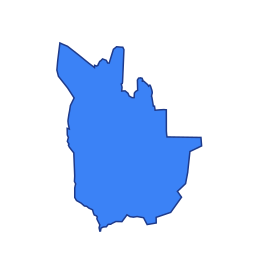 Chanchaga, Niger, Nigeria, rotated 346°
{"feature_id": "59680162B49614598703533", "entity_name": "Chanchaga", "entity_type": "district", "adm_level": 2, "iso_a3": "NGA", "parent_name": "Nigeria", "parent_adm1": "Niger", "projection": "equal_earth", "projection_center": [6.539, 9.614], "detail": "fine", "context": "isolated", "style": "filled", "palette": "blue", "viewbox_px": 256, "rotation_deg": 346, "n_neighbors": 0, "source": "geoboundaries", "source_scale": "gbopen_adm2", "svg_char_len": 1910}
<svg xmlns="http://www.w3.org/2000/svg" viewBox="0 0 256 256"><g transform="rotate(346 128 128)"><path d="M160.6,201.4L164.8,199.1L170.4,195.9L175.2,185.5L176.3,182.4L182.4,165.8L195.1,163.2L196.5,154.8L163.7,146.1L163.9,143.7L164.5,140.2L169.6,119.6L167.2,118.8L162.9,118.0L158.6,117.3L159.0,113.2L157.9,112.9L158.6,104.2L158.6,103.5L158.4,103.2L159.0,101.7L160.0,99.9L160.2,98.8L160.3,97.2L160.0,92.9L159.6,91.7L159.1,91.9L158.1,92.4L157.9,91.5L157.6,90.7L154.7,86.5L153.4,86.1L153.6,85.8L153.5,85.3L154.0,85.2L153.8,83.6L153.6,83.0L153.0,82.8L152.5,82.7L152.4,82.4L150.3,82.2L148.7,83.8L146.5,93.7L144.2,94.4L142.6,95.7L141.3,100.0L139.2,99.5L136.8,97.1L136.4,94.3L134.2,91.3L132.3,90.9L130.8,90.6L131.8,87.9L132.1,86.9L132.1,85.7L132.1,83.7L133.2,83.4L133.8,82.1L135.3,77.1L143.0,51.0L142.5,48.4L140.0,47.6L136.6,46.4L132.9,48.1L125.4,60.5L124.0,60.0L123.3,57.1L120.0,54.8L117.6,56.3L116.7,56.5L115.9,57.4L115.4,58.1L115.2,58.2L114.8,58.6L114.8,58.9L114.5,59.1L114.4,59.4L114.0,59.9L113.8,59.8L113.1,60.2L112.5,60.3L110.8,59.1L110.1,61.2L105.8,55.9L97.6,45.0L89.1,34.1L84.5,30.6L82.5,29.0L76.0,45.9L73.0,54.6L73.0,61.0L79.1,74.5L83.0,85.8L77.6,92.2L77.3,92.9L75.4,97.4L73.8,100.8L71.7,105.9L71.4,106.9L71.0,109.6L70.8,114.8L68.9,113.6L67.4,120.1L67.9,122.8L67.0,124.3L65.9,126.3L66.8,129.3L66.0,130.2L66.3,131.6L66.5,132.5L67.8,135.5L69.4,139.0L64.7,161.6L64.5,162.3L63.1,166.9L63.7,169.6L63.1,170.6L61.8,173.3L59.5,182.6L60.5,185.9L64.3,189.5L66.8,193.1L69.0,194.0L70.6,196.2L73.8,198.8L73.9,202.4L74.2,204.2L76.2,205.7L76.7,207.0L76.0,208.0L75.9,209.1L77.2,215.2L75.8,217.8L75.7,221.2L76.4,221.3L77.6,218.6L80.2,218.1L83.1,218.6L85.5,216.7L87.9,217.2L89.4,216.7L93.6,215.8L99.5,217.4L103.4,214.2L106.0,212.0L107.2,213.2L108.5,214.5L111.7,215.8L115.4,216.1L121.4,218.8L123.2,226.3L132.4,227.0L133.7,221.5L149.0,220.2L163.2,208.1L160.6,201.4Z" fill="#3b82f6" stroke="#1e3a8a" stroke-width="1.5"/></g></svg>